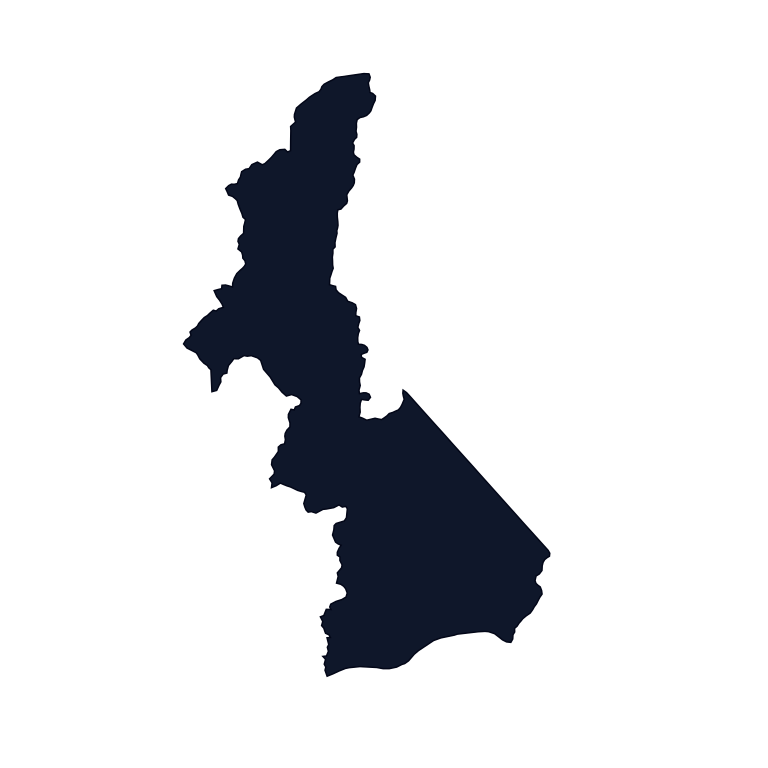 the district of Aragominas, Tocantins, Brazil, rotated 194°
{"feature_id": "56859067B19572205876105", "entity_name": "Aragominas", "entity_type": "district", "adm_level": 2, "iso_a3": "BRA", "parent_name": "Brazil", "parent_adm1": "Tocantins", "projection": "mercator", "projection_center": [-48.592, -6.989], "detail": "fine", "context": "isolated", "style": "filled", "palette": "ink", "viewbox_px": 768, "rotation_deg": 194, "n_neighbors": 0, "source": "geoboundaries", "source_scale": "gbopen_adm2", "svg_char_len": 5468}
<svg xmlns="http://www.w3.org/2000/svg" viewBox="0 0 768 768"><g transform="rotate(194 384 384)"><path d="M198.4,164.0L197.4,167.7L198.2,171.9L197.2,175.0L198.2,178.5L196.3,181.2L195.2,184.5L193.9,186.9L192.6,189.8L189.9,193.5L186.7,197.1L185.1,201.2L184.3,204.2L182.9,207.5L182.1,211.1L181.2,214.7L179.8,218.4L181.1,221.7L183.3,224.9L186.0,226.0L188.3,227.3L189.9,229.8L190.0,234.5L187.3,237.3L185.6,241.3L186.5,245.9L186.5,249.5L185.6,252.5L183.8,254.9L181.8,256.9L182.2,259.9L184.5,262.3L209.9,279.4L216.6,283.9L223.6,288.7L230.4,293.3L271.4,321.1L275.9,324.2L303.9,343.1L315.6,351.1L323.1,356.1L341.4,368.5L355.6,378.2L360.0,381.1L364.0,382.7L363.5,379.6L362.4,377.1L360.7,374.0L361.5,368.6L362.3,365.3L363.8,362.3L366.2,360.5L368.5,358.6L371.8,356.6L373.5,353.7L375.7,351.1L377.7,348.9L380.9,348.7L384.4,348.6L387.7,346.9L392.0,344.7L396.7,345.7L400.4,346.1L400.3,350.9L401.7,355.5L402.4,359.6L402.1,363.6L398.8,363.9L395.4,364.4L393.9,367.8L396.0,370.5L399.1,371.1L401.8,370.5L405.5,368.7L406.8,372.1L406.7,376.8L408.2,380.0L409.3,383.9L408.2,387.9L408.2,391.8L407.5,395.8L407.8,399.3L408.3,403.4L412.2,404.4L413.3,407.1L410.8,409.0L408.3,410.6L407.8,413.2L409.4,415.4L412.3,416.8L415.1,417.0L418.4,416.4L419.7,418.9L420.7,422.5L421.1,426.6L420.7,430.1L423.1,432.6L423.1,436.8L422.8,439.8L424.1,443.1L427.9,443.4L428.6,446.6L428.9,450.6L430.9,454.1L434.5,455.1L439.2,455.5L442.2,458.8L446.0,460.1L450.2,461.6L453.3,463.8L454.6,467.0L457.7,467.0L460.9,467.2L461.5,470.3L462.2,473.6L461.9,476.9L461.7,480.6L461.3,484.0L462.6,487.0L463.7,491.0L464.8,494.6L465.2,498.5L466.2,502.4L464.6,505.2L465.8,509.4L466.0,514.2L466.0,518.8L466.9,521.4L466.8,524.1L467.0,526.8L468.1,530.4L469.7,534.8L470.7,538.6L470.9,541.9L468.1,543.3L466.2,546.9L463.9,550.2L463.8,552.9L464.8,555.6L465.9,558.6L464.8,562.6L462.9,566.4L461.9,569.1L461.5,572.0L462.2,575.6L464.8,579.2L464.2,582.2L463.9,586.2L463.3,590.4L461.3,593.4L462.0,596.3L465.4,597.5L468.6,599.2L469.8,601.6L469.9,604.6L470.7,608.1L472.8,610.2L471.8,614.2L470.2,616.7L470.7,619.6L472.3,622.5L472.8,626.5L473.9,630.4L474.0,634.0L471.8,636.7L468.6,638.3L465.8,640.4L463.8,643.5L462.8,645.9L462.5,649.4L462.0,653.4L461.2,657.0L461.9,661.3L465.3,663.2L468.1,663.5L469.1,666.1L470.8,669.4L472.1,672.5L471.5,675.4L471.6,678.3L473.6,681.3L478.7,680.3L499.3,671.9L504.6,669.8L507.3,666.8L511.0,663.7L514.6,660.4L516.2,657.5L516.5,654.6L517.8,651.8L521.1,649.2L523.9,646.2L525.8,644.1L528.0,640.9L530.3,638.0L532.4,635.3L535.7,630.6L536.1,623.9L535.6,621.3L533.2,616.7L536.9,611.3L535.7,607.4L533.6,598.3L531.1,587.8L533.7,585.8L537.0,587.7L541.8,586.1L544.8,583.4L546.5,579.8L548.1,576.6L550.1,573.3L552.9,569.0L555.2,567.3L560.5,568.7L565.3,564.9L567.0,560.3L570.3,558.9L573.5,555.6L573.5,553.0L573.4,550.0L574.5,546.9L574.7,543.0L577.7,541.5L580.4,541.0L582.7,538.9L584.9,535.3L582.8,532.8L580.5,529.7L576.4,529.4L573.2,527.9L570.8,526.5L569.0,523.2L566.2,519.1L563.1,515.0L561.2,511.7L558.2,510.1L558.1,506.4L558.2,503.1L556.7,496.2L558.9,493.0L560.4,489.9L560.2,487.1L558.2,484.5L558.4,479.7L554.1,477.7L552.4,474.9L551.4,471.9L548.8,470.0L547.2,467.0L548.0,464.4L549.3,462.0L551.0,459.6L553.5,455.6L554.8,450.6L555.2,445.2L554.4,441.5L558.8,441.7L561.7,441.7L565.1,440.6L564.6,437.2L567.9,435.5L571.4,433.5L569.1,430.5L567.4,428.3L563.9,425.6L560.5,422.4L558.4,419.5L562.5,417.1L564.5,414.2L567.5,414.3L570.3,410.3L571.9,407.7L574.5,405.0L576.4,401.7L578.4,397.9L579.0,395.2L580.5,392.8L583.4,389.9L584.8,387.5L583.0,384.6L584.1,382.0L586.9,378.8L588.2,374.4L583.8,371.2L578.9,370.1L573.8,368.9L571.8,367.2L568.8,363.8L563.6,360.5L559.8,359.2L557.9,357.3L555.4,356.0L549.1,334.9L544.8,337.3L543.7,343.1L542.8,346.6L544.1,350.6L542.5,354.7L539.1,356.6L539.5,359.3L539.4,364.3L536.9,369.5L535.9,372.2L531.4,373.2L526.7,377.7L523.4,377.9L519.6,379.4L513.1,378.8L509.4,377.1L504.4,369.1L496.2,363.3L489.6,356.8L485.5,354.8L481.0,351.4L475.8,348.7L471.1,351.4L465.2,350.8L460.6,348.5L459.9,345.2L460.8,342.6L464.4,340.3L464.9,337.1L468.1,337.0L469.4,331.4L468.7,328.2L465.8,323.5L464.9,319.6L467.0,315.9L467.9,312.2L467.6,309.4L466.2,306.1L466.0,301.9L469.3,300.1L471.3,297.2L470.2,293.0L471.1,290.5L472.7,286.3L474.2,283.4L473.6,278.5L469.2,273.3L468.8,270.0L472.1,264.3L468.7,261.0L468.1,256.2L463.9,259.3L460.7,262.7L453.5,261.7L450.0,261.5L446.9,260.9L442.1,259.9L438.2,259.7L434.9,259.7L432.6,257.5L432.9,248.6L431.0,245.4L429.1,242.9L426.6,241.3L423.6,242.6L418.8,242.3L412.9,247.6L409.6,248.8L402.8,251.9L398.4,255.8L394.7,254.5L391.5,256.0L389.4,254.1L388.1,245.2L389.4,241.5L396.7,237.1L398.1,234.6L397.4,230.5L397.4,225.0L392.8,218.9L390.1,217.8L386.6,217.2L387.8,213.9L388.6,209.5L387.9,206.6L384.9,205.5L384.1,202.1L380.9,198.4L380.7,195.4L383.6,189.4L381.9,186.2L381.9,179.3L377.4,179.2L374.2,178.0L371.7,176.1L369.1,172.3L369.3,168.1L372.7,164.7L378.0,161.4L382.4,157.5L382.7,154.5L380.9,152.4L385.5,151.4L386.4,144.8L389.4,142.7L386.0,138.8L386.1,134.5L383.3,132.5L381.9,130.2L380.4,128.0L376.7,127.3L374.7,125.1L377.9,124.0L374.6,117.8L375.3,114.9L373.3,111.2L374.0,106.2L377.4,104.9L374.1,102.7L374.2,97.7L372.0,95.3L372.0,92.0L368.5,86.7L363.3,90.5L358.4,94.5L352.6,98.7L349.0,100.4L339.0,104.0L322.4,107.2L315.9,107.6L310.2,109.0L303.2,112.4L298.8,116.2L296.3,117.7L293.2,121.3L289.3,129.1L286.0,133.7L273.8,147.1L267.4,151.4L254.9,157.4L252.4,159.0L232.7,166.4L226.2,168.4L222.6,169.0L216.3,168.5L209.9,165.7L207.1,164.4L202.7,163.4L198.4,164.0Z" fill="#0f172a" stroke="#020617" stroke-width="1.5"/></g></svg>